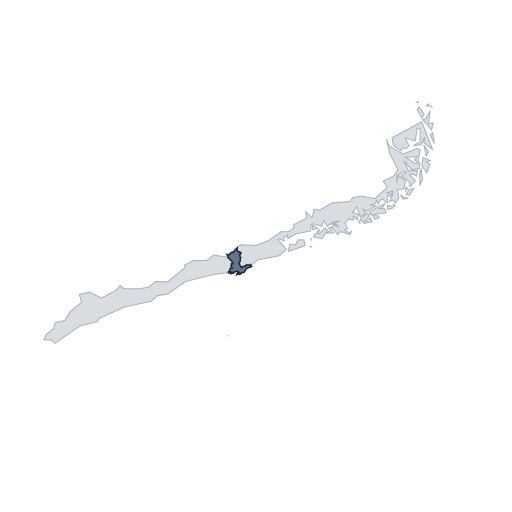 Bío-Bío highlighted on a map of Chile, rotated 241°
{"feature_id": "CHL-2702", "entity_name": "Bío-Bío", "entity_type": "Region", "adm_level": 1, "iso_a3": "CHL", "parent_name": "Chile", "parent_adm1": "", "projection": "mercator", "projection_center": [-72.611, -37.461], "detail": "fine", "context": "in_parent", "style": "filled", "palette": "slate", "viewbox_px": 512, "rotation_deg": 241, "n_neighbors": 0, "source": "natural_earth", "source_scale": "10m", "svg_char_len": 7675}
<svg xmlns="http://www.w3.org/2000/svg" viewBox="0 0 512 512"><g transform="rotate(241 256 256)"><path d="M277.2,37.8L281.7,36.4L285.4,29.8L289.2,35.0L290.4,43.7L295.0,48.2L292.3,57.7L297.4,66.3L300.2,81.2L308.1,82.9L305.0,93.2L294.1,100.3L293.8,117.6L296.3,122.7L291.5,124.5L284.1,137.5L280.8,146.9L282.4,155.8L276.3,166.1L280.2,188.1L282.6,189.0L282.3,199.2L276.0,210.5L277.3,219.6L270.2,228.4L273.3,247.9L265.4,260.7L263.4,274.4L265.1,289.6L261.6,296.1L261.9,302.2L265.1,304.3L264.5,318.7L270.5,320.9L262.3,323.6L268.7,329.5L265.2,334.0L265.6,348.1L258.2,364.4L260.2,369.2L257.3,377.0L248.6,387.9L252.4,404.3L259.8,403.5L259.2,415.9L263.1,422.1L281.4,422.7L295.0,426.9L287.9,425.7L273.8,434.0L272.0,449.4L269.2,451.0L259.1,442.8L263.4,441.1L264.8,444.9L269.9,434.7L260.3,439.5L257.9,444.5L253.3,441.2L256.3,433.9L267.3,431.6L256.4,430.6L252.7,438.6L247.9,435.1L251.6,433.1L252.7,429.8L244.6,432.1L242.0,424.4L246.2,426.1L255.6,421.9L256.4,427.9L258.1,426.4L257.9,418.3L252.3,414.6L257.4,419.7L249.1,423.2L242.9,417.9L245.3,411.9L237.3,409.0L234.8,403.5L238.5,403.2L238.9,398.9L243.5,405.4L246.5,407.2L247.9,400.8L244.9,405.6L242.9,402.4L245.2,401.0L239.0,396.5L245.1,393.7L242.1,388.2L246.2,388.3L243.9,385.8L245.3,380.1L241.4,385.4L241.6,374.2L244.6,372.6L240.4,372.4L239.4,366.1L250.2,368.1L247.3,361.5L242.7,365.7L238.8,362.1L243.5,360.6L240.3,358.4L243.3,355.1L241.9,349.9L235.6,349.3L235.8,346.2L230.7,348.7L231.7,351.8L229.2,348.8L236.3,341.6L235.0,337.9L243.3,336.5L245.1,331.8L244.5,340.2L241.2,342.4L245.0,341.5L247.1,337.1L246.1,346.9L248.4,338.2L247.2,332.7L254.4,332.4L250.1,327.9L256.7,321.4L256.8,319.4L251.4,316.0L256.0,301.8L255.8,292.2L259.1,293.8L258.3,288.8L255.4,287.9L259.6,284.8L260.0,282.9L247.1,285.9L244.9,276.6L251.7,255.9L247.8,234.1L251.8,232.1L260.8,208.8L267.8,182.2L265.5,160.6L269.1,150.3L267.2,142.8L275.1,116.2L277.4,88.5L275.6,85.4L280.2,68.2L277.2,37.8ZM293.4,432.3L293.2,466.1L263.8,462.1L273.8,457.8L278.2,461.0L273.2,454.5L276.2,447.0L276.1,454.9L287.8,461.4L289.7,459.1L279.6,451.1L286.8,443.8L278.0,443.2L277.0,438.8L279.8,436.7L277.6,433.8L286.3,429.8L293.4,432.3ZM246.8,305.6L241.2,304.2L244.4,286.5L250.0,291.4L246.6,296.2L249.8,300.5L246.8,305.6ZM239.8,376.6L239.3,393.9L236.7,389.9L238.1,385.7L235.0,391.7L230.7,390.8L236.6,376.1L239.8,376.6ZM281.2,470.7L295.0,467.8L293.6,470.9L298.7,478.7L288.3,471.1L286.3,475.5L281.2,470.7ZM247.1,318.8L244.7,321.3L247.0,330.0L243.8,330.8L239.1,322.1L244.8,315.6L247.1,318.8ZM254.5,444.8L261.0,449.8L255.0,454.7L255.9,450.7L251.9,452.6L246.1,445.8L254.5,444.8ZM261.0,453.5L271.9,456.6L263.3,457.4L261.0,453.5ZM307.5,470.8L298.5,471.9L296.4,468.1L306.0,468.0L307.5,470.8ZM239.6,374.2L236.3,374.7L233.4,366.5L237.2,364.1L239.6,374.2ZM234.2,374.6L229.7,374.1L232.1,366.4L234.2,374.6ZM255.8,320.3L250.2,323.7L251.4,318.3L255.8,320.3ZM237.3,417.2L239.8,422.1L238.4,426.7L234.7,419.5L237.3,417.2ZM238.3,433.7L247.9,438.6L252.6,442.9L242.3,438.8L238.3,433.7ZM242.6,334.5L238.5,335.1L241.9,328.8L242.6,334.5ZM268.0,466.7L277.2,467.0L278.3,470.2L268.0,466.7ZM234.7,377.6L232.1,382.0L229.8,382.5L230.4,377.9L234.7,377.6ZM236.8,395.3L233.4,399.1L231.6,398.6L232.7,393.9L236.8,395.3ZM239.6,412.1L235.2,413.8L233.0,417.1L234.3,412.1L239.6,412.1ZM233.0,402.3L231.8,400.6L234.6,401.0L233.0,402.3ZM248.1,324.3L246.4,322.1L246.7,320.9L248.0,321.6L248.1,324.3ZM243.5,420.7L241.6,421.1L240.4,418.6L243.5,420.7ZM236.4,362.8L233.3,362.9L236.3,362.4L236.4,362.8ZM304.8,477.8L305.3,480.9L303.1,479.7L304.8,477.8ZM243.4,311.6L245.1,312.9L243.4,312.2L243.4,311.6ZM303.5,481.7L300.7,482.2L300.5,481.9L303.5,481.7ZM312.5,471.0L312.3,472.7L311.5,472.1L312.5,471.0ZM200.5,192.1L199.5,193.1L200.5,192.1ZM238.0,308.0L237.4,309.1L237.1,308.4L238.0,308.0Z" fill="#d9dde1" stroke="#a8b0b8" stroke-width="1"/><path d="M271.1,231.4L270.8,231.6L270.7,231.7L270.6,232.0L270.6,232.4L270.6,232.6L270.5,232.9L270.1,233.3L270.1,233.5L270.1,233.8L270.2,234.1L270.4,234.7L270.7,235.0L270.8,235.2L270.9,235.5L270.7,236.2L270.6,236.4L270.7,236.5L270.8,236.7L270.8,236.9L270.7,236.9L270.5,237.1L270.4,237.2L270.3,237.3L270.2,237.5L270.3,238.3L270.7,239.8L271.1,240.5L271.1,240.9L271.4,241.4L271.5,241.6L271.5,241.9L271.6,242.1L271.8,242.4L271.9,242.5L271.7,242.8L271.7,243.1L271.8,243.3L271.5,243.1L271.4,243.0L270.6,242.6L270.1,242.4L269.2,242.3L268.9,242.4L268.4,242.7L268.3,242.8L268.2,242.9L267.7,243.5L267.2,243.8L266.9,244.0L266.5,244.0L266.4,244.1L266.2,244.4L266.0,244.5L265.8,244.3L265.6,244.1L265.6,243.9L265.5,243.6L265.5,243.4L265.4,243.2L265.2,242.8L265.2,242.7L265.3,242.5L265.4,242.4L265.3,242.2L265.1,242.1L264.8,242.0L264.6,242.1L264.1,242.2L263.9,242.2L263.7,242.1L263.3,241.8L263.2,241.7L262.9,241.7L262.7,241.8L262.4,241.9L262.2,241.9L261.9,241.7L261.6,241.3L261.5,241.1L261.3,241.0L260.9,240.6L260.4,240.4L259.7,240.1L259.4,240.0L259.3,239.8L259.0,239.4L258.9,239.2L258.6,238.9L258.5,238.7L258.4,238.5L258.4,238.3L258.4,238.1L258.1,237.9L257.9,237.8L257.5,237.8L257.1,237.7L256.8,237.6L256.6,237.5L255.3,237.4L254.7,237.5L254.0,237.8L253.9,237.8L253.7,237.8L253.5,237.7L253.3,237.6L253.2,237.6L252.8,238.3L252.8,238.6L253.2,239.0L253.3,239.2L253.3,239.5L253.1,239.8L252.7,240.2L252.6,240.4L252.6,240.7L252.6,241.0L252.5,241.4L252.3,241.7L252.3,241.9L252.3,242.2L252.4,242.4L252.5,242.6L252.9,242.8L253.0,243.0L251.9,244.9L251.7,245.1L251.4,245.3L251.2,245.5L251.1,246.0L251.4,246.8L251.3,247.1L251.1,247.2L250.8,247.1L250.7,246.9L250.6,246.6L250.3,246.6L249.6,246.9L249.0,247.2L248.9,246.5L248.9,246.2L249.0,245.7L249.0,245.4L249.2,245.2L249.1,244.7L249.2,244.4L249.3,244.3L249.4,244.1L249.6,242.7L249.6,242.2L249.5,241.8L249.2,240.9L248.7,239.9L248.1,238.9L247.9,238.7L247.7,238.5L247.7,238.4L247.7,237.8L247.7,237.6L247.6,237.4L247.6,237.0L247.6,236.8L247.7,236.6L247.9,236.5L248.2,236.2L248.3,236.0L248.4,235.8L248.4,235.3L248.3,235.1L248.2,234.9L247.7,234.3L247.6,234.2L247.7,233.9L247.9,233.5L247.9,233.3L247.9,232.5L248.0,232.3L248.2,232.1L248.3,232.0L248.4,231.9L248.5,232.0L248.7,232.3L248.8,232.3L249.2,232.6L249.5,232.5L249.6,232.8L249.6,233.0L249.7,232.9L249.9,232.8L250.1,232.9L250.3,232.9L250.5,232.8L250.9,232.7L251.2,232.6L251.6,232.4L251.9,232.0L252.2,231.1L252.2,230.5L252.2,230.3L252.2,230.2L252.3,229.7L252.5,228.3L252.4,228.0L252.3,227.9L252.1,227.7L251.9,227.7L252.0,227.5L252.1,227.4L252.3,227.2L252.4,227.3L252.6,227.2L252.4,226.9L252.6,226.5L252.6,226.4L252.6,226.2L252.7,225.8L252.7,225.6L253.0,225.9L253.0,226.7L253.2,227.0L253.3,227.0L253.5,227.0L253.8,227.0L253.9,226.8L254.0,226.7L254.0,226.3L254.0,226.2L254.2,225.9L254.1,225.6L253.9,225.4L253.9,224.9L254.0,224.7L254.1,224.8L254.3,224.9L254.5,224.7L254.6,224.0L254.7,223.8L255.0,224.1L255.4,224.1L255.5,224.1L255.5,224.3L255.6,224.5L255.4,224.7L255.4,224.8L255.4,225.0L255.5,225.1L255.6,225.3L255.6,225.7L255.9,225.7L256.1,226.0L256.3,226.2L256.6,226.4L256.9,226.5L257.2,226.8L257.4,227.1L257.5,227.4L257.5,227.8L257.5,228.1L257.7,228.3L257.8,228.5L257.8,228.9L257.6,229.0L257.3,228.9L257.1,228.9L257.0,229.1L256.9,229.2L257.1,229.3L257.5,229.4L258.0,229.4L258.4,229.2L258.9,229.2L259.4,229.3L259.7,229.6L260.0,230.0L260.3,230.2L260.7,230.3L260.9,230.4L261.1,230.6L261.2,230.8L260.9,231.0L260.5,231.3L260.4,232.0L260.7,232.4L261.0,232.5L261.5,232.4L261.9,232.3L262.9,232.2L263.6,232.2L264.2,232.0L264.5,231.8L264.9,231.6L265.3,231.5L265.8,231.6L266.3,231.7L266.7,231.7L267.0,231.5L267.2,231.0L267.5,230.8L267.8,230.6L268.3,230.6L268.9,231.0L269.2,231.3L269.6,231.4L270.0,231.4L270.4,231.4L271.1,231.4ZM248.9,230.1L249.0,229.9L249.1,230.1L249.1,230.3L249.4,230.5L249.5,230.6L249.7,230.9L249.3,230.7L249.2,230.8L249.1,231.0L248.9,230.7L248.9,230.4L248.9,230.2L248.9,230.1Z" fill="#64748b" stroke="#1e293b" stroke-width="1.5"/></g></svg>